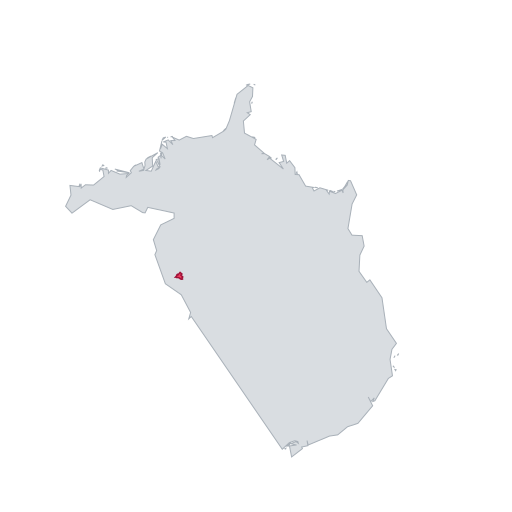 Ontonagon, Michigan, United States of America shown in context, rotated 221°
{"feature_id": "52423323B11182696973268", "entity_name": "Ontonagon", "entity_type": "district", "adm_level": 2, "iso_a3": "USA", "parent_name": "United States of America", "parent_adm1": "Michigan", "projection": "orthographic", "projection_center": [-89.321, 46.682], "detail": "fine", "context": "in_parent", "style": "filled", "palette": "rose", "viewbox_px": 512, "rotation_deg": 221, "n_neighbors": 0, "source": "geoboundaries", "source_scale": "gbopen_adm2", "svg_char_len": 4257}
<svg xmlns="http://www.w3.org/2000/svg" viewBox="0 0 512 512"><g transform="rotate(221 256 256)"><path d="M394.6,197.2L418.1,189.6L423.0,167.6L432.3,168.6L435.6,180.6L442.7,187.2L434.6,192.6L434.7,195.0L432.5,192.6L431.4,197.9L425.1,203.0L422.8,216.3L428.0,220.4L430.6,219.1L429.4,217.0L430.5,217.9L431.3,220.4L423.7,224.0L421.6,221.6L421.5,225.5L412.4,228.5L406.2,234.7L406.5,231.8L405.5,230.2L404.7,237.1L406.9,237.9L407.1,243.5L403.4,251.6L397.6,248.1L400.0,243.1L397.0,246.8L399.1,251.5L401.6,254.0L402.5,257.1L397.9,269.6L398.8,262.1L393.0,256.1L395.2,248.3L390.7,251.3L393.8,261.7L388.7,259.3L387.1,259.9L388.1,256.3L387.9,255.3L386.7,258.2L386.9,260.4L394.6,263.4L393.2,265.6L389.5,262.3L388.2,261.9L392.8,265.7L394.7,266.3L394.0,269.2L391.6,267.5L395.5,271.0L394.7,271.7L392.8,269.9L388.2,269.6L394.2,272.6L397.7,271.9L402.5,281.1L398.4,274.1L400.0,278.8L393.3,278.9L398.6,282.9L400.8,281.2L398.4,286.0L391.8,285.5L396.0,287.2L392.9,290.0L397.0,290.9L390.0,293.1L387.0,300.7L380.3,303.6L368.3,318.0L366.4,316.8L362.3,329.1L362.0,332.0L364.8,340.6L376.4,365.6L373.8,379.5L368.7,380.9L363.3,374.1L362.0,368.2L354.3,361.8L356.6,358.4L353.1,358.9L354.1,349.6L345.3,341.2L332.4,344.1L330.0,338.9L317.3,338.9L318.9,336.8L316.7,338.9L310.9,340.0L310.8,335.9L309.9,338.8L292.4,339.6L299.8,341.7L297.2,345.5L302.9,349.1L300.0,351.1L293.7,346.2L293.2,350.0L284.6,348.2L279.9,343.2L276.9,345.6L264.4,341.3L256.8,346.0L258.8,344.7L254.9,343.1L252.5,349.4L244.6,353.0L246.4,351.9L241.4,350.7L243.0,353.1L237.0,355.3L234.2,362.1L231.6,360.7L233.8,362.9L233.7,369.4L235.9,373.6L234.0,374.8L220.1,368.2L217.6,358.3L204.6,337.0L197.2,334.7L189.2,341.0L180.9,334.4L178.2,324.8L168.2,312.0L155.1,308.8L154.4,312.7L133.5,307.1L109.8,286.7L92.7,282.2L92.2,274.8L87.0,265.9L74.4,255.1L75.8,250.5L71.3,224.7L72.4,222.8L73.7,226.5L73.9,221.4L78.8,223.2L69.7,219.5L69.3,196.6L74.9,187.2L77.0,174.6L82.4,168.3L92.6,147.6L96.4,150.2L92.4,146.9L96.2,141.8L94.6,141.1L97.3,127.7L106.1,134.6L101.4,140.0L106.6,137.1L104.0,142.2L101.1,142.4L102.7,143.4L105.5,142.1L108.4,137.0L109.4,127.4L265.2,167.9L265.5,164.5L268.3,170.5L286.9,177.7L306.2,175.6L333.2,190.7L334.5,194.9L344.2,201.0L348.3,217.0L342.5,230.7L346.0,234.7L369.6,221.7L368.0,215.8L370.0,214.4L383.2,212.1L394.6,197.2ZM415.7,230.6L419.6,229.0L406.1,235.8L417.0,228.7L415.7,230.6ZM107.9,132.9L107.7,136.9L107.4,137.4L106.7,134.0L107.9,132.9ZM235.7,372.4L234.2,366.5L234.5,363.3L234.6,366.7L235.7,372.4ZM435.6,192.8L436.0,194.7L435.3,194.4L435.6,192.8ZM280.0,345.0L280.3,346.3L278.9,345.2L280.0,345.0ZM78.2,262.7L80.0,262.7L80.1,262.9L78.2,262.7ZM76.7,261.5L75.7,262.1L75.4,261.1L76.7,261.5ZM427.3,223.4L426.5,224.8L426.1,224.6L427.3,223.4ZM235.8,360.4L234.6,362.9L237.5,358.1L235.8,360.4ZM372.9,357.4L375.1,362.3L372.5,356.9L372.9,357.4ZM85.3,270.3L85.7,272.0L85.2,270.4L85.3,270.3ZM374.7,380.2L373.2,382.0L375.6,378.3L374.7,380.2ZM403.5,284.3L402.1,286.6L402.8,281.5L403.5,284.3ZM107.7,129.5L107.3,130.5L107.0,129.8L107.7,129.5ZM243.0,354.1L240.2,355.1L243.1,353.8L243.0,354.1ZM431.2,223.0L431.4,224.4L430.2,224.3L431.2,223.0ZM84.2,274.1L84.3,276.0L83.9,274.2L84.2,274.1ZM239.5,356.0L238.3,356.5L239.4,355.6L239.5,356.0ZM402.1,259.4L400.9,262.5L402.3,258.3L402.1,259.4ZM255.9,347.1L254.1,348.0L256.7,346.4L255.9,347.1ZM362.7,330.4L362.5,332.6L362.2,331.1L362.7,330.4ZM397.7,291.2L397.2,291.7L398.6,289.8L397.7,291.2ZM337.1,343.4L335.0,344.6L334.1,344.5L337.1,343.4ZM310.1,339.6L309.7,340.0L308.4,339.9L310.1,339.6ZM359.6,368.6L360.0,370.0L359.2,368.3L359.6,368.6ZM304.5,342.7L304.2,344.1L304.1,341.6L304.5,342.7ZM369.9,384.3L368.7,384.6L370.4,384.0L369.9,384.3ZM406.9,244.6L406.3,246.1L407.0,243.9L406.9,244.6ZM400.9,287.3L400.2,287.9L400.9,287.3Z" fill="#d9dde1" stroke="#a8b0b8" stroke-width="1"/><path d="M302.5,193.0L302.5,190.6L303.3,190.6L303.3,189.8L302.9,189.8L302.9,187.3L302.7,187.5L302.3,187.6L302.2,187.6L301.9,187.7L301.7,187.7L301.4,187.9L301.2,188.2L301.0,188.4L300.9,188.5L300.1,188.9L299.8,189.0L299.7,189.1L299.4,189.1L299.2,189.1L298.9,189.2L298.5,189.3L298.4,189.2L298.2,189.1L297.9,189.2L297.5,189.3L297.2,189.4L297.1,189.5L296.8,189.8L297.0,189.8L297.0,191.3L297.8,191.4L297.8,192.2L300.2,192.2L300.1,193.8L302.5,193.8L302.5,193.0Z" fill="#f43f5e" stroke="#9f1239" stroke-width="1.5"/></g></svg>